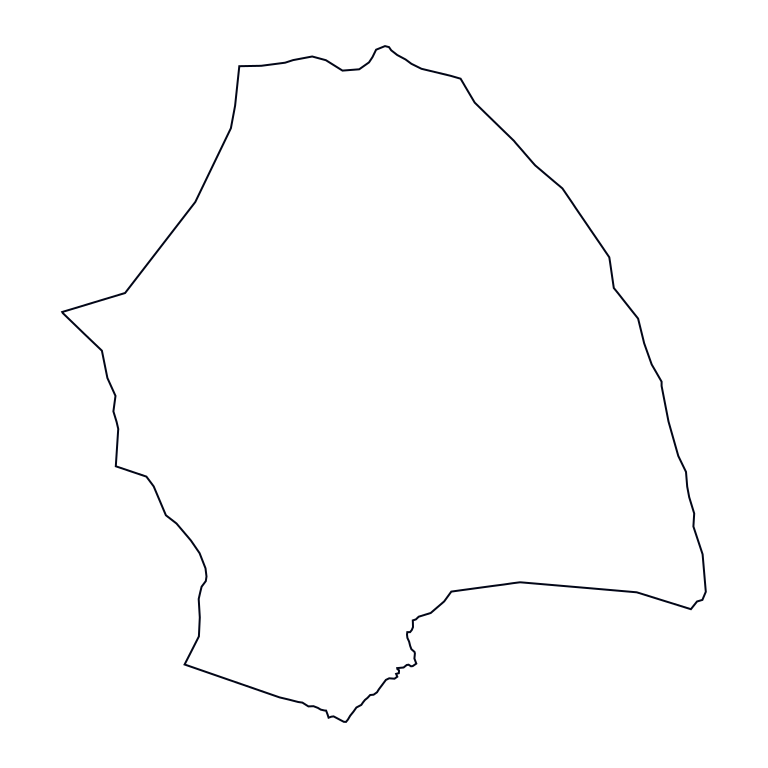 Akwanga, Nassarawa, Nigeria
{"feature_id": "59680162B44141715713069", "entity_name": "Akwanga", "entity_type": "district", "adm_level": 2, "iso_a3": "NGA", "parent_name": "Nigeria", "parent_adm1": "Nassarawa", "projection": "albers", "projection_center": [8.354, 9.0], "detail": "fine", "context": "isolated", "style": "outline", "palette": "ink", "viewbox_px": 768, "rotation_deg": 0, "n_neighbors": 0, "source": "geoboundaries", "source_scale": "gbopen_adm2", "svg_char_len": 2211}
<svg xmlns="http://www.w3.org/2000/svg" viewBox="0 0 768 768"><path d="M62.2,312.0L62.8,313.1L84.0,333.6L101.9,350.7L107.4,378.0L115.5,395.9L113.4,411.4L116.6,421.9L118.3,429.2L118.2,429.5L115.8,466.3L146.4,476.6L153.7,486.4L165.9,515.3L176.5,523.5L190.9,540.5L199.6,553.2L205.5,568.3L206.5,576.5L205.8,581.1L201.6,586.7L200.2,592.4L198.7,599.0L199.8,617.4L198.9,636.4L191.7,650.6L184.6,664.5L279.6,697.4L288.9,699.6L298.2,702.0L302.4,702.6L308.4,706.4L313.5,706.2L317.9,707.9L320.7,709.6L324.5,710.5L326.1,710.6L327.6,714.6L328.6,717.7L331.3,716.7L333.6,716.4L343.8,721.8L346.0,721.9L347.9,719.6L350.2,715.7L353.5,711.6L356.4,707.5L361.3,704.9L363.0,702.4L365.0,699.9L367.5,697.9L370.2,695.0L373.6,694.7L377.0,692.3L378.8,689.4L382.7,684.2L385.9,679.9L389.2,678.3L394.5,678.7L397.3,676.7L396.1,673.9L397.4,673.5L398.8,673.2L399.0,671.7L399.0,670.3L397.4,669.1L397.2,668.1L403.6,667.5L406.7,665.0L408.6,664.7L411.0,666.3L412.7,666.1L416.3,663.6L414.4,658.5L414.7,655.6L414.9,653.4L414.5,651.9L411.4,649.2L410.2,646.0L409.1,641.6L407.4,637.9L407.0,634.6L407.3,632.1L410.1,632.1L411.8,630.0L413.0,627.1L412.9,622.9L412.8,620.4L415.9,619.4L418.7,616.7L430.7,613.0L444.2,601.4L451.3,591.6L461.4,590.2L492.4,586.0L504.0,584.5L512.8,583.2L519.9,582.3L521.6,582.4L590.6,588.3L636.7,592.3L690.9,609.2L697.0,601.5L702.4,599.9L705.8,591.8L702.6,554.3L693.4,526.5L694.2,513.5L689.2,497.2L687.2,486.6L686.0,471.9L678.3,456.0L668.5,421.5L661.6,386.0L661.6,381.7L655.7,371.4L651.7,364.5L644.1,343.1L643.4,340.1L638.1,318.6L631.1,309.8L622.5,298.9L618.2,293.4L613.8,288.0L610.1,262.5L609.3,257.3L605.0,251.0L601.5,245.8L596.9,239.1L595.0,236.3L590.1,229.2L589.4,228.1L579.0,212.9L575.6,207.9L572.1,202.6L562.4,188.4L554.4,181.7L545.8,174.4L535.2,165.4L532.7,162.6L524.2,152.8L523.9,152.4L515.7,143.0L514.0,140.9L504.6,131.8L485.4,113.1L474.7,102.6L468.3,91.8L464.7,85.7L464.2,84.8L460.6,78.7L450.6,75.8L421.5,68.8L411.4,63.8L405.6,59.5L397.2,55.0L391.2,50.3L389.0,47.1L385.0,46.1L376.1,49.7L372.5,57.1L369.0,62.4L359.2,69.3L342.5,70.6L325.9,60.2L312.2,56.5L293.1,60.1L285.1,62.7L261.2,65.8L239.3,66.2L235.1,105.7L230.9,128.2L195.3,202.0L125.1,293.0L94.3,302.3L62.2,312.0Z" fill="none" stroke="#020617" stroke-width="2"/></svg>